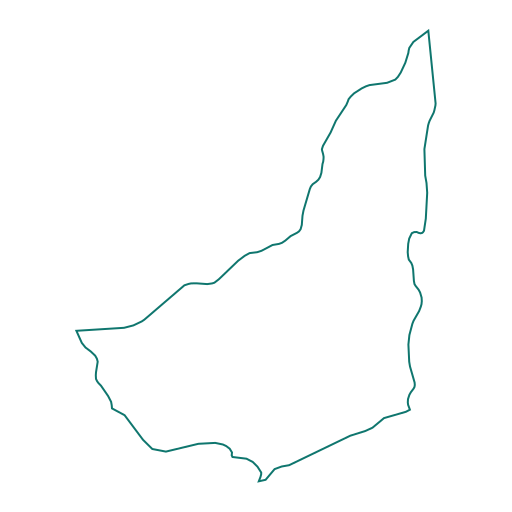 the border of Maldonado
{"feature_id": "URY-20", "entity_name": "Maldonado", "entity_type": "Department", "adm_level": 1, "iso_a3": "URY", "parent_name": "Uruguay", "parent_adm1": "", "projection": "orthographic", "projection_center": [-54.808, -34.45], "detail": "fine", "context": "isolated", "style": "outline", "palette": "teal", "viewbox_px": 512, "rotation_deg": 0, "n_neighbors": 0, "source": "natural_earth", "source_scale": "10m", "svg_char_len": 2079}
<svg xmlns="http://www.w3.org/2000/svg" viewBox="0 0 512 512"><path d="M409.9,409.7L405.9,411.8L384.0,418.1L372.5,427.7L365.3,431.0L350.3,435.7L289.1,465.2L281.7,466.5L274.6,469.1L265.6,479.8L258.8,481.3L260.5,476.9L261.2,474.2L261.2,472.5L257.5,466.7L252.8,462.0L246.5,458.7L232.5,457.0L231.7,455.3L232.0,452.5L229.7,448.7L226.1,446.0L222.9,444.5L215.2,442.9L198.4,443.8L165.9,451.6L152.3,449.0L143.0,439.8L124.6,415.2L112.0,408.4L111.7,405.1L111.1,401.8L108.1,396.0L101.0,385.7L98.4,383.0L97.1,381.2L96.0,378.9L95.8,375.3L96.0,372.3L97.7,361.7L96.9,358.7L95.2,355.7L90.8,351.5L85.5,347.5L81.8,342.9L76.4,330.8L124.1,327.8L133.4,325.4L141.8,321.4L144.3,319.7L184.4,285.3L188.7,283.9L191.1,283.4L196.3,283.3L207.3,284.1L212.2,283.4L214.4,282.7L218.8,279.3L238.2,260.7L244.7,255.8L249.6,253.1L257.2,252.2L261.5,250.8L272.5,245.0L279.0,243.9L282.0,242.8L285.3,240.6L290.6,236.1L297.0,232.8L299.0,231.4L300.6,229.2L301.8,224.9L302.5,215.7L303.5,210.5L309.8,189.1L310.9,186.5L312.7,184.2L316.1,181.8L318.4,179.7L320.1,177.0L321.4,172.8L322.5,164.0L323.2,161.6L323.5,159.2L323.6,156.9L323.3,155.1L323.0,153.7L322.1,150.5L321.9,149.2L323.0,145.8L330.6,132.5L335.9,120.7L346.3,105.0L347.8,101.5L348.6,99.2L350.8,96.5L354.1,93.3L361.7,88.4L366.0,86.3L369.5,85.1L387.1,82.8L395.3,79.6L397.9,76.9L400.7,72.6L405.3,62.8L408.3,53.1L408.7,50.4L409.3,47.9L413.4,41.9L428.3,30.7L435.6,103.5L435.4,105.6L434.4,110.2L433.7,112.6L429.6,120.8L428.8,123.0L428.1,125.4L424.4,149.1L425.2,175.6L426.5,183.0L427.2,192.8L425.8,218.7L424.0,230.7L423.0,232.2L422.2,232.9L420.6,233.3L418.7,232.9L416.7,232.0L414.2,232.1L411.8,233.2L409.2,238.6L408.2,243.8L407.7,252.2L408.1,256.4L408.8,259.6L411.3,263.0L412.4,265.7L413.1,269.5L413.9,280.9L414.5,284.1L415.6,285.9L418.6,289.7L420.1,292.5L421.6,297.6L421.8,301.2L421.5,304.2L420.8,306.7L419.1,311.1L413.6,320.7L412.4,323.7L409.4,335.0L408.4,344.5L409.2,361.7L410.0,366.5L414.6,382.5L414.8,384.9L414.5,386.9L413.6,388.6L410.8,392.3L409.4,394.8L408.0,399.1L407.8,402.4L408.1,404.8L409.8,409.4L409.9,409.7Z" fill="none" stroke="#0f766e" stroke-width="2"/></svg>